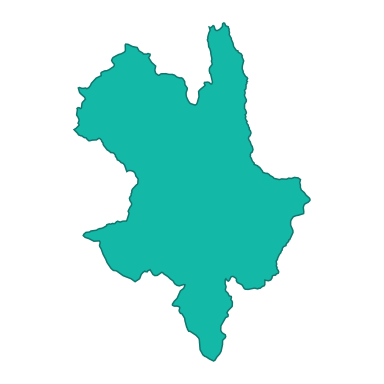 the district of Uberaba, Minas Gerais, Brazil
{"feature_id": "56859067B69466182711417", "entity_name": "Uberaba", "entity_type": "district", "adm_level": 2, "iso_a3": "BRA", "parent_name": "Brazil", "parent_adm1": "Minas Gerais", "projection": "orthographic", "projection_center": [-47.989, -19.605], "detail": "fine", "context": "isolated", "style": "filled", "palette": "teal", "viewbox_px": 384, "rotation_deg": 0, "n_neighbors": 0, "source": "geoboundaries", "source_scale": "gbopen_adm2", "svg_char_len": 5918}
<svg xmlns="http://www.w3.org/2000/svg" viewBox="0 0 384 384"><path d="M188.8,331.3L190.2,331.4L196.1,335.3L198.6,338.0L199.3,339.5L200.1,349.7L202.9,354.8L204.7,356.3L206.2,356.8L209.3,358.9L213.6,361.0L215.0,360.2L216.8,357.1L219.7,353.8L221.1,351.2L222.5,344.6L222.6,340.3L225.3,337.7L225.7,336.5L225.3,334.8L222.0,332.7L220.7,330.4L220.9,325.9L225.6,317.6L228.0,316.5L228.2,314.8L226.9,312.7L228.2,310.5L232.1,306.5L232.3,305.3L232.4,302.1L231.7,300.6L230.8,299.7L231.4,297.6L231.3,296.5L229.2,295.9L227.8,293.0L225.8,291.2L225.3,289.6L226.1,286.8L225.1,283.6L225.2,279.7L225.9,278.8L227.4,280.7L228.5,281.1L229.5,280.0L230.9,277.1L232.0,276.5L233.0,276.4L235.8,278.1L236.5,279.3L236.3,280.7L237.4,282.6L241.1,284.3L242.3,285.2L244.2,288.5L245.2,289.2L248.2,289.4L254.5,288.1L257.8,288.9L258.7,288.3L260.1,288.3L262.5,286.4L264.2,285.8L264.8,284.7L264.9,280.1L268.4,280.8L270.7,280.0L272.0,278.0L272.3,276.1L273.3,275.4L275.6,275.1L276.3,274.0L278.3,273.2L278.7,271.9L278.3,270.7L276.8,268.5L277.1,267.2L276.4,266.6L276.3,265.4L276.7,264.3L276.2,261.5L276.5,260.5L277.3,259.8L277.8,257.7L279.5,254.2L280.7,252.9L281.4,250.9L282.1,250.2L282.4,248.4L283.0,247.3L284.0,246.4L286.0,245.6L286.1,244.3L286.8,243.2L288.6,241.4L288.7,240.0L289.7,239.7L293.0,232.5L292.9,230.4L290.6,225.1L290.7,221.1L291.4,219.5L293.3,216.8L295.9,215.7L298.6,215.2L303.6,213.6L303.8,211.8L303.3,207.6L303.8,205.4L305.2,203.7L308.1,202.3L309.9,200.5L310.0,199.4L309.5,198.2L306.0,195.1L304.4,192.7L301.3,190.0L300.4,187.5L300.4,185.0L299.7,182.7L300.5,179.6L298.2,177.9L294.4,177.4L291.4,178.5L288.7,178.1L286.6,179.2L281.7,178.9L279.4,179.6L273.9,178.3L272.8,177.0L269.9,175.4L269.3,174.6L268.3,173.9L267.1,173.3L265.9,173.4L262.9,172.4L262.5,171.2L259.5,167.2L258.3,166.8L257.7,165.8L254.1,164.4L254.2,163.1L252.6,161.5L252.0,160.3L251.3,158.3L250.2,156.6L250.5,155.7L250.2,154.7L251.2,152.6L252.2,152.1L253.0,149.6L252.2,146.4L251.1,144.7L250.2,141.8L249.1,140.2L248.4,138.3L249.1,136.4L250.0,135.8L251.0,133.0L250.5,131.0L249.2,129.3L249.4,128.1L248.6,126.9L248.1,124.8L247.3,124.1L246.5,122.3L247.1,121.4L245.7,119.4L245.3,117.9L245.9,116.8L245.1,114.8L246.1,113.7L246.4,112.5L245.4,109.8L244.5,108.6L244.6,104.0L246.2,101.6L246.4,100.0L244.6,96.1L244.5,94.8L245.0,93.6L245.1,92.4L244.5,90.2L245.9,88.8L246.1,86.0L245.9,84.6L246.8,83.6L246.6,82.4L247.4,81.6L246.6,80.7L247.6,78.4L247.0,77.4L245.5,76.4L243.1,72.4L243.2,71.4L242.2,68.8L242.4,65.7L243.7,60.9L242.0,56.9L242.3,55.8L241.2,53.9L238.3,52.3L237.9,50.8L236.7,50.6L235.9,49.9L233.6,46.5L233.0,43.2L231.4,39.6L231.3,38.3L229.2,34.7L229.5,32.5L229.0,30.3L229.1,29.0L228.5,28.2L228.3,26.8L225.7,25.8L224.6,23.2L223.5,23.0L222.6,23.8L222.4,26.5L221.3,27.8L219.5,29.5L217.5,30.5L216.1,30.5L215.1,29.5L214.0,26.1L213.1,25.6L211.5,27.2L210.6,27.7L209.2,27.1L210.1,30.3L208.8,33.2L207.8,37.1L207.9,38.5L207.4,39.5L207.6,40.8L208.3,42.3L208.7,46.8L209.9,48.9L210.7,51.7L210.9,54.1L211.7,57.9L211.9,59.6L211.4,61.0L212.3,64.2L209.9,67.4L209.4,68.7L209.3,70.9L209.8,73.1L210.7,74.2L212.5,82.2L211.7,84.0L210.8,84.0L209.0,82.4L207.7,82.1L204.5,82.4L204.2,83.6L204.8,84.4L205.0,85.6L200.2,89.5L198.6,91.4L199.0,96.7L197.0,103.5L196.2,104.5L195.1,105.1L190.6,103.6L189.6,102.8L188.0,100.3L186.4,96.7L186.1,94.5L186.1,92.7L187.2,89.5L187.3,88.1L184.9,84.7L184.7,81.5L182.7,78.5L181.6,77.9L179.5,77.9L176.8,77.0L174.5,75.1L172.2,74.4L168.9,74.4L165.9,73.7L161.2,73.8L160.2,74.3L159.5,75.2L158.6,75.3L156.1,73.7L155.5,72.7L154.8,70.0L155.7,66.1L151.6,62.4L148.6,57.6L150.0,55.7L150.1,54.2L148.0,53.5L146.9,54.1L143.4,54.0L142.7,53.0L139.0,50.8L137.2,47.5L132.4,46.5L128.0,44.3L125.7,44.1L125.2,45.0L125.4,50.0L125.2,51.0L124.5,52.0L121.3,53.8L118.7,54.5L115.6,56.1L113.1,57.5L112.4,58.5L111.6,60.4L112.6,62.4L114.2,64.1L114.3,65.4L113.6,66.6L109.1,69.7L106.8,70.7L104.6,70.9L101.5,72.3L100.9,73.1L101.2,75.7L96.2,78.1L91.4,83.3L90.5,85.5L88.9,87.5L87.8,88.2L86.8,88.7L85.7,88.0L83.1,88.4L81.7,88.3L79.4,87.5L78.3,88.0L79.5,92.2L80.2,93.3L84.7,97.3L85.4,99.2L82.4,102.4L82.0,103.3L81.4,108.0L80.5,108.6L79.4,107.8L78.1,107.6L77.0,108.5L77.4,109.6L76.6,115.0L78.1,117.3L79.0,119.5L79.0,120.9L78.0,123.2L78.9,124.2L79.0,125.3L76.1,128.3L74.0,129.6L77.5,133.2L78.6,134.9L80.8,135.8L81.7,135.8L84.2,137.6L86.3,137.9L86.9,139.0L88.7,140.7L89.6,140.8L92.3,140.1L96.5,139.9L98.7,138.4L99.8,138.5L101.4,140.0L101.7,141.2L103.1,143.1L103.1,144.2L103.6,145.3L107.1,149.8L109.9,151.6L110.5,152.5L113.1,152.8L114.0,153.3L115.4,155.1L115.4,156.2L116.7,158.0L117.3,159.8L119.4,160.8L121.1,162.6L123.2,163.4L124.6,165.2L126.8,171.6L128.5,170.6L129.7,170.6L131.0,170.6L133.6,171.5L135.2,173.4L135.8,176.0L138.1,178.9L137.8,183.4L137.4,184.3L136.5,184.8L132.4,189.2L131.8,190.6L131.8,192.5L131.1,193.7L131.2,195.6L130.3,196.3L129.4,198.3L130.0,200.6L131.5,203.0L131.6,204.4L131.3,205.5L130.1,207.1L128.1,211.2L129.0,213.2L128.8,214.3L127.0,219.9L126.4,221.0L122.6,221.2L120.1,222.1L117.6,221.2L116.5,221.8L114.9,223.5L113.8,223.7L112.6,223.4L110.6,224.2L109.2,223.9L106.8,224.7L106.5,225.8L103.1,227.8L101.0,228.5L99.9,228.5L97.8,229.3L96.6,230.2L90.9,231.0L89.6,232.0L85.9,232.4L83.9,234.2L83.2,235.6L85.2,237.4L88.9,238.6L93.9,241.2L99.3,240.9L100.0,241.8L100.1,243.0L99.5,245.2L99.8,246.6L101.2,248.9L103.2,254.5L105.7,259.1L107.1,262.6L111.1,268.5L113.3,270.4L116.4,270.8L123.2,275.7L131.0,278.7L135.1,281.7L139.6,278.7L141.3,274.3L143.0,272.4L144.8,271.2L145.9,271.8L147.3,271.8L147.7,270.9L150.1,269.7L153.0,274.5L154.8,275.6L157.3,275.4L161.7,272.3L162.9,272.8L163.8,273.9L168.0,276.6L170.2,278.8L173.1,280.9L174.7,283.7L176.9,285.3L179.3,285.9L183.5,284.6L184.9,284.7L184.6,286.3L183.6,288.4L180.4,290.9L177.1,298.4L174.3,301.2L172.4,304.2L172.5,305.2L173.3,305.7L174.3,306.1L177.2,306.1L179.4,306.9L179.8,307.7L179.1,310.5L179.4,311.7L180.5,313.4L181.7,313.6L182.4,314.4L184.7,318.3L185.0,320.8L186.7,327.2L187.3,328.2L187.5,329.3L188.8,331.3Z" fill="#14b8a6" stroke="#0f766e" stroke-width="1.5"/></svg>